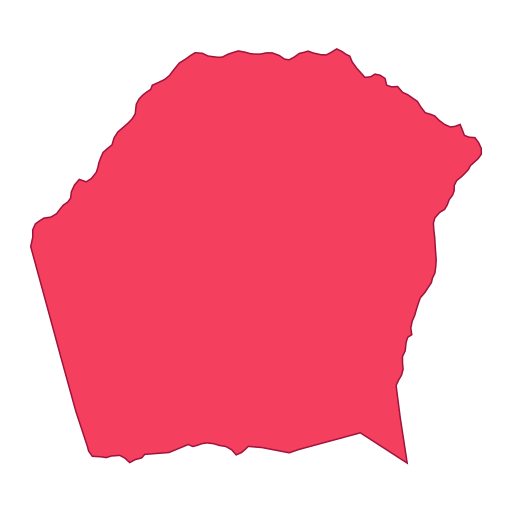 Água Fria, Bahia, Brazil (Robinson projection)
{"feature_id": "56859067B52662143851434", "entity_name": "Água Fria", "entity_type": "district", "adm_level": 2, "iso_a3": "BRA", "parent_name": "Brazil", "parent_adm1": "Bahia", "projection": "robinson", "projection_center": [-38.688, -11.822], "detail": "fine", "context": "isolated", "style": "filled", "palette": "rose", "viewbox_px": 512, "rotation_deg": 0, "n_neighbors": 0, "source": "geoboundaries", "source_scale": "gbopen_adm2", "svg_char_len": 2257}
<svg xmlns="http://www.w3.org/2000/svg" viewBox="0 0 512 512"><path d="M481.3,148.5L478.7,142.8L474.9,137.6L469.1,137.2L464.4,135.4L462.2,129.6L460.1,124.4L455.3,126.3L450.4,127.0L444.5,124.4L439.3,120.5L434.7,115.9L430.6,114.3L425.2,112.7L420.6,106.7L417.4,101.4L412.6,98.1L407.6,94.6L402.6,92.4L397.6,86.5L391.8,86.9L386.6,85.2L385.1,78.5L380.1,75.2L374.9,74.1L370.7,76.8L364.9,77.4L361.4,73.4L356.7,68.2L352.1,61.8L349.8,56.1L346.1,54.4L342.2,51.6L336.7,48.9L331.1,52.4L326.3,54.9L320.9,54.7L312.9,52.9L308.1,51.1L303.8,52.4L299.3,53.4L294.2,57.1L289.1,59.8L284.5,59.1L279.3,55.5L272.3,52.9L266.1,52.9L260.4,54.1L254.6,54.1L250.2,53.6L245.1,52.2L238.3,50.9L233.4,52.4L228.2,54.1L222.3,57.1L218.4,57.3L213.8,56.8L208.0,56.0L202.4,53.3L195.1,52.7L190.4,55.6L185.3,59.3L179.3,63.0L173.3,70.4L169.4,75.6L164.6,79.5L157.3,83.0L152.3,85.2L150.7,89.4L146.9,91.9L143.1,94.8L139.2,98.8L136.3,104.2L135.2,113.9L132.1,118.9L128.4,122.8L123.6,127.0L117.9,131.9L114.1,137.8L112.0,144.9L108.2,147.9L103.1,152.4L100.7,157.8L98.8,163.0L97.9,167.5L96.2,172.5L91.3,178.6L86.2,181.8L79.3,179.4L74.6,184.8L71.4,191.7L70.6,198.1L67.7,202.1L63.4,205.0L60.2,208.9L56.6,213.7L50.9,217.1L43.9,218.1L39.2,221.1L35.4,223.9L32.7,229.9L32.8,236.9L30.7,246.6L47.4,307.6L60.8,356.9L75.8,411.2L87.3,446.1L88.6,451.0L92.3,456.3L97.5,456.6L101.8,456.9L106.3,457.6L111.3,456.0L119.8,455.4L125.0,458.2L129.7,462.6L135.2,459.6L141.7,457.9L144.7,454.4L169.0,452.5L188.3,444.5L192.8,446.5L197.4,445.3L201.7,443.7L207.1,442.9L213.7,443.7L219.2,445.4L225.8,446.5L231.6,449.7L236.2,454.9L241.6,452.5L245.1,449.5L248.3,446.4L262.2,447.6L289.2,452.8L298.8,449.5L360.3,432.8L407.2,463.1L400.2,417.4L396.1,385.5L398.7,379.9L401.5,375.2L403.1,369.3L402.5,362.5L402.5,356.4L405.2,350.8L406.1,342.6L407.6,337.4L411.8,334.7L410.8,328.0L412.2,321.2L414.7,315.4L416.7,308.4L418.6,302.6L420.2,297.9L424.9,292.5L428.6,286.8L431.4,282.6L432.5,277.9L434.9,273.1L435.8,266.3L436.2,259.6L435.6,251.8L435.1,244.5L434.7,237.4L433.8,229.7L433.4,223.1L434.9,217.8L439.7,212.4L444.6,209.4L447.2,205.0L449.2,199.6L452.7,194.9L454.2,190.5L454.2,185.6L456.6,180.6L461.6,176.6L465.1,173.1L468.3,169.7L470.5,165.5L474.1,162.3L478.2,158.6L481.3,154.2L481.3,148.5Z" fill="#f43f5e" stroke="#9f1239" stroke-width="1.5"/></svg>